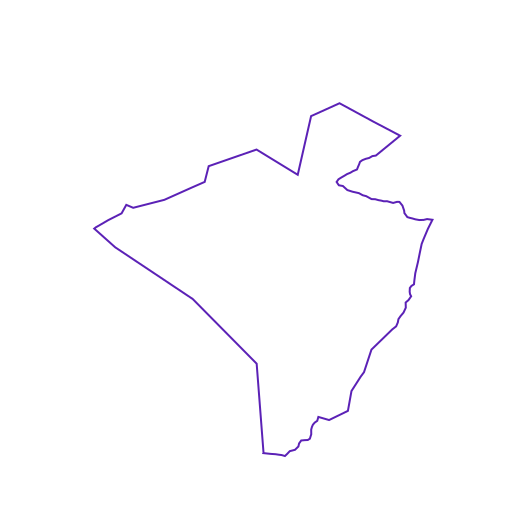 Santa María Tataltepec, Oaxaca, Mexico (orthographic projection), rotated 26°
{"feature_id": "50627088B49093080347396", "entity_name": "Santa María Tataltepec", "entity_type": "district", "adm_level": 2, "iso_a3": "MEX", "parent_name": "Mexico", "parent_adm1": "Oaxaca", "projection": "orthographic", "projection_center": [-97.385, 17.136], "detail": "fine", "context": "isolated", "style": "outline", "palette": "violet", "viewbox_px": 512, "rotation_deg": 26, "n_neighbors": 0, "source": "geoboundaries", "source_scale": "gbopen_adm2", "svg_char_len": 1576}
<svg xmlns="http://www.w3.org/2000/svg" viewBox="0 0 512 512"><g transform="rotate(26 256 256)"><path d="M117.0,266.9L116.5,276.6L107.5,288.5L100.2,299.4L99.6,300.2L98.6,302.3L125.6,309.9L218.0,322.4L303.8,352.5L349.1,429.7L349.1,429.9L356.0,427.4L360.4,425.6L363.6,424.6L366.2,423.7L369.7,423.1L370.8,420.1L371.9,416.6L373.9,414.9L376.0,413.1L377.6,408.6L376.9,405.6L377.5,402.0L380.6,400.1L383.2,398.7L384.5,396.6L383.8,392.0L381.7,387.8L381.2,385.1L381.1,382.7L381.8,380.0L383.3,377.3L382.6,373.3L393.6,371.4L406.5,354.9L401.0,335.5L403.0,318.4L404.0,313.1L400.8,289.5L410.7,262.1L412.8,257.8L412.6,253.6L411.7,250.3L412.3,246.5L413.4,242.2L413.3,236.8L410.9,232.2L412.4,228.7L413.1,224.2L411.2,222.8L409.8,220.8L408.3,217.3L408.8,214.8L410.4,212.2L409.0,208.4L406.7,201.6L404.2,190.4L401.7,180.8L399.6,172.5L399.2,167.3L398.6,156.2L398.7,146.1L393.6,147.8L390.8,150.1L387.0,152.1L383.1,153.2L380.1,153.7L377.4,154.3L375.0,154.7L370.6,152.4L369.2,150.2L365.5,146.5L361.2,144.5L358.9,145.6L356.0,148.2L349.8,149.3L346.9,150.8L344.4,151.3L341.6,152.1L338.3,152.7L334.9,154.2L328.8,153.9L325.3,154.6L320.9,154.4L314.6,155.9L309.2,156.7L303.4,155.0L299.5,156.1L298.0,155.3L296.0,154.1L296.5,150.9L298.3,148.0L300.4,144.9L301.9,142.5L304.3,139.8L305.9,137.3L308.8,134.0L308.8,133.4L308.6,131.1L308.5,128.4L308.2,125.8L309.6,123.2L312.1,120.5L314.7,118.3L316.8,115.2L319.7,113.2L332.8,84.7L302.8,83.8L264.1,82.1L244.2,106.1L257.9,164.7L209.8,160.1L174.1,196.0L177.4,211.9L168.4,222.5L149.0,245.7L124.5,266.5L117.0,266.9Z" fill="none" stroke="#5b21b6" stroke-width="2"/></g></svg>